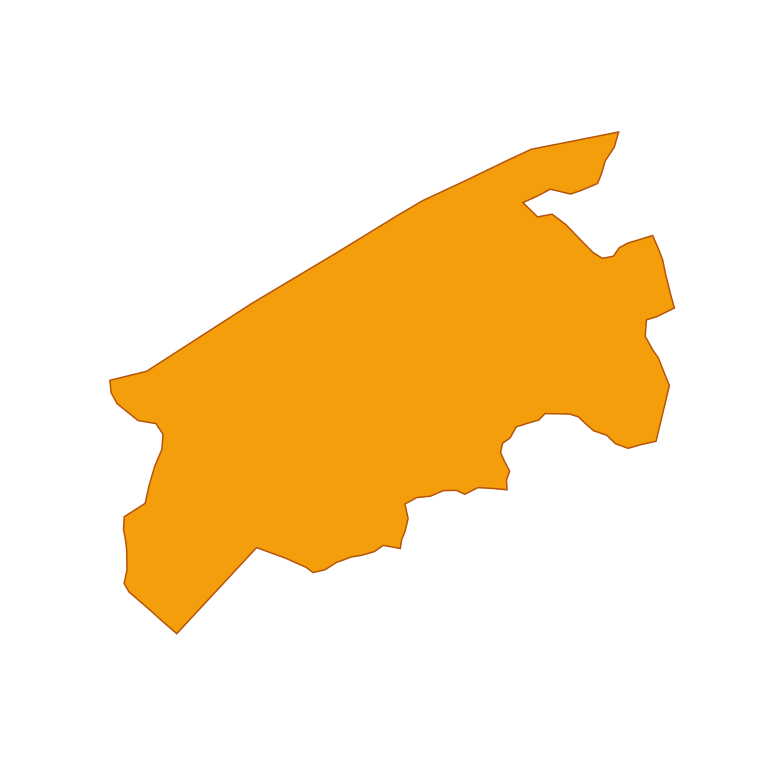 Agrestina, Pernambuco, Brazil (orthographic projection), rotated 76°
{"feature_id": "56859067B81432664711223", "entity_name": "Agrestina", "entity_type": "district", "adm_level": 2, "iso_a3": "BRA", "parent_name": "Brazil", "parent_adm1": "Pernambuco", "projection": "orthographic", "projection_center": [-35.937, -8.459], "detail": "fine", "context": "isolated", "style": "filled", "palette": "amber", "viewbox_px": 768, "rotation_deg": 76, "n_neighbors": 0, "source": "geoboundaries", "source_scale": "gbopen_adm2", "svg_char_len": 1422}
<svg xmlns="http://www.w3.org/2000/svg" viewBox="0 0 768 768"><g transform="rotate(76 384 384)"><path d="M454.6,107.5L424.7,111.6L416.3,114.9L400.9,119.0L385.2,113.8L384.7,103.1L380.5,83.8L369.1,84.2L359.1,84.2L345.3,84.2L330.7,83.6L318.7,85.1L304.9,87.4L306.3,113.8L308.7,122.7L315.5,130.6L314.9,141.8L306.7,149.6L292.6,157.9L273.6,168.8L259.9,179.8L259.0,194.6L241.6,205.3L238.8,189.9L235.2,175.6L244.8,157.0L243.8,145.4L241.1,128.3L232.9,122.3L220.9,115.3L210.0,103.3L196.2,95.4L192.5,171.3L191.9,184.5L196.8,210.0L206.8,257.7L215.4,302.1L224.1,331.4L244.9,397.2L273.7,492.4L314.2,611.2L314.1,649.1L326.4,650.9L338.6,647.7L360.0,631.4L367.3,614.8L379.3,610.6L393.6,615.3L408.6,626.5L426.0,636.7L442.0,644.6L449.9,668.1L461.9,671.9L471.0,672.4L482.4,673.7L502.3,678.4L514.6,684.4L524.2,681.7L545.9,666.3L560.9,656.2L576.1,645.5L511.9,547.2L529.3,521.5L543.0,504.0L549.8,498.4L550.0,486.3L545.7,473.5L543.9,457.6L544.8,446.9L544.3,433.9L540.4,423.8L547.5,408.0L539.5,404.6L532.0,399.2L520.5,393.2L505.5,392.7L502.1,379.7L504.1,366.1L501.8,352.4L504.6,339.7L510.5,332.3L507.3,318.0L511.4,304.5L516.4,290.2L506.8,288.4L499.1,283.2L487.6,285.9L478.7,287.5L470.1,283.2L466.9,274.8L457.6,266.0L456.9,255.3L456.4,242.5L451.7,234.9L455.5,220.6L458.1,211.2L462.8,203.4L471.6,197.8L480.1,191.9L487.6,180.3L498.0,173.8L505.5,162.6L505.0,151.0L505.4,133.9L454.6,107.5Z" fill="#f59e0b" stroke="#b45309" stroke-width="1.5"/></g></svg>